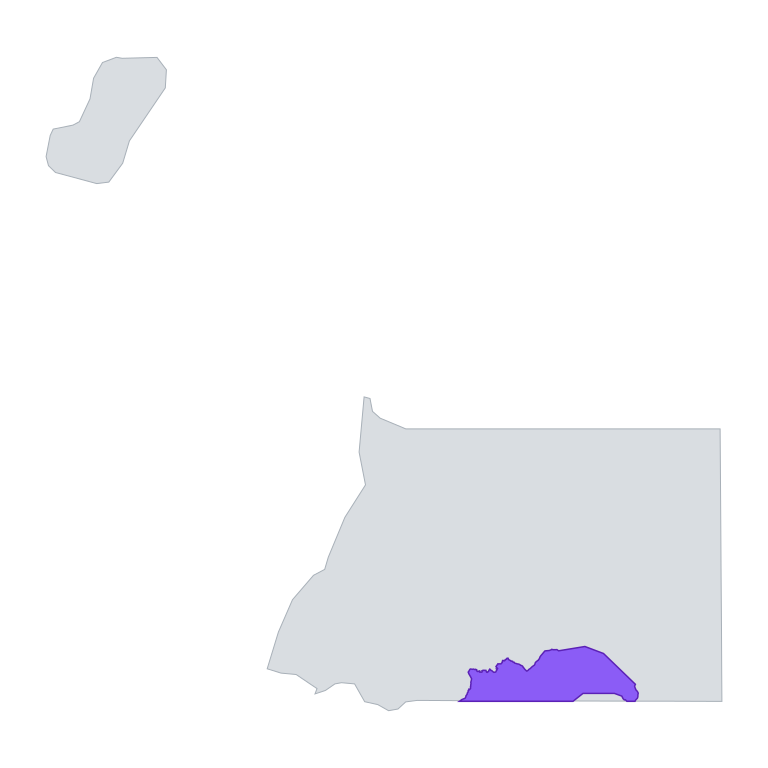 Acurenam, Centro Sur, Equatorial Guinea shown in context
{"feature_id": "11065452B93144755032170", "entity_name": "Acurenam", "entity_type": "district", "adm_level": 2, "iso_a3": "GNQ", "parent_name": "Equatorial Guinea", "parent_adm1": "Centro Sur", "projection": "albers", "projection_center": [10.388, 1.118], "detail": "fine", "context": "in_parent", "style": "filled", "palette": "violet", "viewbox_px": 768, "rotation_deg": 0, "n_neighbors": 0, "source": "geoboundaries", "source_scale": "gbopen_adm2", "svg_char_len": 5324}
<svg xmlns="http://www.w3.org/2000/svg" viewBox="0 0 768 768"><path d="M720.1,428.9L720.5,482.9L720.8,528.6L721.1,578.0L721.5,629.5L721.7,673.1L721.9,701.4L674.2,701.2L610.8,701.1L547.4,700.9L484.0,700.7L452.1,700.6L417.1,700.4L405.7,701.9L398.0,709.0L388.6,710.7L377.8,704.6L364.7,701.7L361.1,695.4L354.6,683.9L341.5,682.7L334.9,683.9L325.5,690.4L315.0,693.9L317.0,688.6L296.1,674.5L281.0,673.1L267.2,668.8L278.4,632.1L292.5,599.7L313.5,575.3L324.7,569.4L328.3,557.2L344.9,517.3L365.5,484.9L359.1,452.1L364.1,396.9L370.0,398.5L371.0,403.7L372.5,411.4L380.2,418.2L405.8,428.9L482.1,428.9L527.5,428.9L594.8,428.9L666.1,428.9L720.1,428.9ZM116.4,57.3L122.2,58.3L157.0,57.4L166.4,69.8L165.3,87.9L129.4,140.9L122.7,163.2L108.8,182.1L96.8,183.6L55.5,172.5L48.5,165.7L46.1,156.6L50.2,135.5L53.2,129.1L73.0,125.1L79.4,121.7L90.0,98.9L93.6,78.2L102.5,62.5L116.4,57.3Z" fill="#d9dde1" stroke="#a8b0b8" stroke-width="1"/><path d="M584.9,646.5L558.6,650.8L556.9,649.6L555.3,649.7L552.9,649.7L551.8,649.3L551.4,649.7L549.3,650.5L545.8,650.8L544.8,651.0L541.9,654.5L540.9,655.6L539.9,657.1L539.5,658.4L538.9,659.3L538.2,660.2L538.2,660.3L537.6,660.6L537.0,661.1L536.6,661.4L535.7,662.2L535.4,662.6L535.2,663.0L535.1,663.5L534.7,664.6L534.4,665.1L533.8,665.5L532.8,666.2L532.4,666.5L531.8,667.0L530.3,668.5L529.9,668.8L529.5,669.0L529.0,669.3L528.5,669.8L528.2,670.2L527.7,670.6L527.0,671.0L526.9,671.0L526.7,671.0L526.7,670.9L526.4,670.8L524.9,669.4L524.2,668.5L523.8,667.9L523.0,667.0L522.9,666.9L522.9,666.6L522.7,666.3L522.2,665.9L521.7,665.6L521.1,665.4L520.6,665.3L520.4,665.1L520.1,664.8L519.6,664.5L518.8,664.1L517.9,664.0L517.4,663.9L516.8,663.7L516.7,663.7L516.2,663.5L515.8,663.4L515.2,663.3L514.6,663.0L514.4,662.9L514.2,662.3L514.1,662.2L513.5,662.2L513.4,662.2L513.2,662.2L512.8,661.8L512.7,661.6L512.6,661.3L512.2,661.2L511.6,661.2L511.4,661.2L511.1,661.1L510.9,660.9L510.8,660.7L510.5,660.7L510.4,660.6L510.0,660.3L509.5,660.1L508.7,659.6L508.6,659.4L508.3,658.8L508.1,658.2L507.9,658.1L507.7,658.3L507.5,658.5L507.3,658.5L506.8,658.5L506.8,658.8L506.7,659.0L506.4,659.2L506.2,659.3L505.9,659.4L505.7,659.5L505.4,659.5L505.2,659.6L505.2,659.8L505.1,660.0L505.0,660.4L504.8,660.6L504.6,660.7L504.4,660.8L504.2,660.8L503.8,660.8L503.7,660.7L503.4,660.5L503.1,660.6L502.8,660.5L502.6,660.5L502.5,660.9L502.5,661.1L502.4,661.6L502.3,661.9L502.2,662.0L502.3,662.2L502.3,662.3L502.2,662.5L502.0,662.8L501.9,662.9L501.6,663.0L501.2,663.5L500.9,663.7L500.9,663.8L500.7,663.8L500.4,663.9L500.0,663.9L499.9,663.9L499.7,663.8L499.4,663.7L499.1,663.5L499.1,663.4L499.0,663.6L498.8,663.8L498.7,663.8L498.3,663.9L497.9,663.8L497.8,664.2L497.8,664.4L497.6,664.7L497.5,664.8L496.9,665.1L496.7,665.3L496.3,666.2L496.0,666.6L496.2,666.8L496.4,667.1L496.5,667.4L496.5,667.6L497.2,668.1L497.3,668.1L497.5,668.3L497.6,668.6L497.5,668.8L497.4,669.0L497.2,669.1L496.9,669.2L496.7,669.2L496.8,669.3L496.9,669.5L496.9,669.8L496.9,670.0L496.7,670.2L496.5,670.4L496.4,670.5L496.2,670.9L496.1,671.3L496.0,671.5L495.9,671.8L495.6,672.0L495.4,672.1L494.5,672.2L494.3,672.3L494.2,672.3L493.8,672.3L493.7,672.2L493.2,671.9L492.3,671.1L491.8,670.6L491.7,670.6L491.3,670.6L491.1,670.5L490.9,670.4L490.8,670.2L490.7,670.0L490.6,669.8L490.3,669.7L490.2,669.5L490.0,669.2L489.8,669.1L489.6,669.5L489.4,669.8L489.1,670.0L488.9,670.3L488.8,670.6L488.8,670.9L488.7,671.1L488.2,671.6L487.9,672.0L487.7,672.1L487.4,672.3L487.2,672.4L486.8,672.3L486.6,672.1L486.4,671.8L486.4,671.6L486.5,671.3L486.4,671.2L486.0,670.9L485.9,670.7L485.8,670.3L485.3,670.4L485.0,670.4L484.7,670.4L484.3,670.3L484.2,670.3L484.0,670.2L483.5,670.3L483.4,670.4L483.2,670.4L482.9,670.3L482.7,670.5L482.4,670.7L482.4,670.8L482.0,670.8L482.1,671.2L482.1,671.4L482.1,671.6L482.1,671.8L482.0,672.0L481.9,672.1L481.7,672.2L481.4,672.2L481.1,672.2L480.9,672.1L480.7,672.0L480.4,672.2L480.2,672.2L479.8,672.2L479.7,672.1L479.4,671.7L479.4,671.4L479.4,671.2L479.6,671.0L479.6,670.9L479.0,671.0L478.5,671.3L477.9,671.5L477.7,671.5L477.3,671.4L477.1,671.2L477.0,670.9L476.9,670.9L476.7,670.7L476.5,670.4L476.5,670.2L476.7,669.8L476.6,669.7L475.9,669.5L475.6,669.3L475.3,669.4L475.1,669.5L474.9,669.5L474.6,669.5L474.0,669.3L473.9,669.3L473.6,669.1L473.4,669.1L472.9,669.2L472.7,669.3L472.4,669.3L472.0,669.2L471.0,669.1L470.6,669.0L470.3,669.0L470.2,669.1L470.1,669.3L469.8,669.5L469.3,670.4L468.7,671.5L468.2,672.1L468.9,673.9L469.8,675.4L470.9,677.4L471.6,678.8L471.2,680.9L470.8,682.2L471.0,683.6L470.7,685.1L470.7,686.4L470.4,686.9L470.5,687.1L470.5,687.5L470.6,688.1L470.5,688.4L470.4,688.6L470.1,688.9L470.1,689.0L469.9,689.1L469.7,689.1L469.6,689.3L469.5,689.5L469.2,689.7L468.9,689.5L468.9,689.8L468.8,690.1L468.6,690.1L468.4,690.2L468.2,690.5L468.2,690.8L468.2,691.3L468.0,691.8L468.0,692.2L467.6,692.7L467.3,693.0L467.2,693.3L467.2,694.1L467.0,694.5L466.7,694.8L466.0,695.7L465.9,696.4L465.7,697.1L465.5,697.6L465.3,697.9L464.9,698.3L464.5,698.5L463.7,698.8L463.1,699.0L462.4,699.4L461.7,699.6L461.4,699.9L460.8,700.3L460.1,700.9L459.5,701.3L573.0,701.3L583.0,693.4L614.4,693.4L621.8,696.1L623.1,698.7L624.3,699.9L625.4,699.8L626.9,701.3L635.0,701.3L635.5,700.2L637.4,698.2L637.8,697.0L637.9,696.1L637.9,694.7L638.2,693.6L638.0,692.5L637.1,691.1L635.8,689.7L635.4,688.4L634.9,687.4L634.6,686.1L635.4,684.3L603.5,653.5L584.9,646.5Z" fill="#8b5cf6" stroke="#5b21b6" stroke-width="1.5"/></svg>